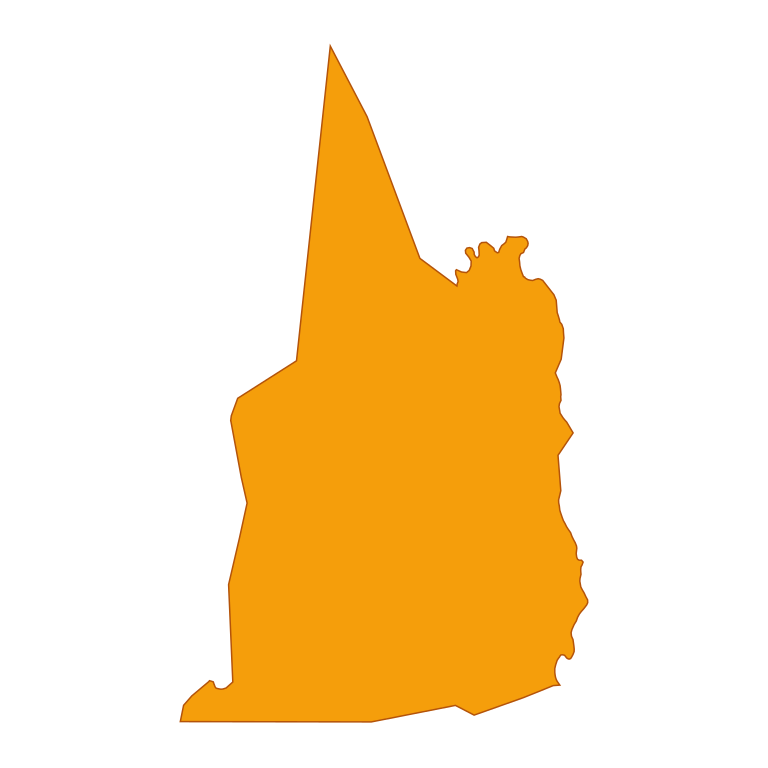 San Mateo Sindihui, Oaxaca, Mexico
{"feature_id": "50627088B43932249609701", "entity_name": "San Mateo Sindihui", "entity_type": "district", "adm_level": 2, "iso_a3": "MEX", "parent_name": "Mexico", "parent_adm1": "Oaxaca", "projection": "natural_earth1", "projection_center": [-97.342, 17.027], "detail": "fine", "context": "isolated", "style": "filled", "palette": "amber", "viewbox_px": 768, "rotation_deg": 0, "n_neighbors": 0, "source": "geoboundaries", "source_scale": "gbopen_adm2", "svg_char_len": 2843}
<svg xmlns="http://www.w3.org/2000/svg" viewBox="0 0 768 768"><path d="M559.8,685.1L557.2,681.4L556.2,679.4L555.5,677.2L555.1,675.0L554.8,672.4L554.8,668.5L555.3,666.4L555.7,664.7L556.4,662.6L557.1,660.4L558.4,658.4L559.4,657.1L560.3,655.6L561.0,654.9L562.8,654.8L564.6,655.3L565.6,656.6L566.7,658.0L568.0,658.8L569.1,659.1L570.6,658.6L571.6,657.1L573.0,654.5L574.1,651.6L574.2,649.1L573.9,646.1L573.4,642.4L573.0,639.6L571.5,636.2L571.1,632.7L571.9,629.6L573.0,627.1L574.1,624.6L576.3,621.0L577.6,617.3L579.4,614.0L581.3,611.5L583.7,608.8L584.8,607.4L586.7,604.9L587.7,602.7L587.6,599.9L585.8,596.6L584.2,593.1L582.1,589.5L580.8,586.9L580.2,583.4L579.8,581.2L580.0,578.5L581.0,574.3L580.8,572.0L580.7,569.6L581.0,566.8L582.0,565.1L583.1,562.1L581.5,560.2L579.2,560.2L577.6,559.3L576.7,557.2L576.2,553.5L576.5,550.9L576.8,548.2L576.5,546.0L575.2,542.7L573.6,539.8L571.9,536.3L570.6,532.7L568.3,529.4L566.5,526.6L565.0,523.5L563.4,520.7L562.1,517.2L560.7,513.1L559.8,510.2L559.3,505.9L558.7,502.9L558.6,500.2L558.6,499.9L560.8,490.7L558.0,455.3L573.1,432.9L566.7,422.1L564.9,420.1L562.9,417.6L561.7,415.7L560.1,413.2L559.7,410.7L559.0,406.6L559.5,403.5L561.0,400.4L560.7,396.6L561.0,394.8L560.8,392.4L560.5,388.9L560.1,385.6L559.3,382.7L558.2,379.6L557.0,377.1L555.3,372.9L561.2,359.2L563.9,338.2L563.9,337.7L563.5,332.8L563.3,328.7L561.8,324.4L559.8,321.9L559.5,320.0L558.2,315.6L557.2,312.6L556.8,307.6L556.2,300.1L555.5,298.6L553.9,294.7L552.0,292.3L542.7,280.4L540.3,279.2L538.2,278.7L535.7,279.3L532.7,280.5L530.3,280.2L527.8,279.6L525.3,278.1L524.6,277.0L524.0,276.8L523.5,276.7L522.2,273.5L520.8,269.6L519.9,265.8L519.6,262.0L519.1,258.4L519.8,255.6L520.9,253.7L523.5,252.5L524.9,249.0L526.3,247.9L527.7,245.7L528.1,243.4L527.7,241.5L526.2,238.7L524.6,237.8L523.5,237.1L521.7,236.5L519.0,236.9L515.9,237.2L513.5,237.1L509.6,236.9L507.6,236.5L506.7,239.6L505.8,242.2L504.2,243.7L501.7,245.6L499.7,249.3L498.7,252.4L497.3,252.8L494.5,250.8L493.8,248.3L490.7,245.7L488.1,243.7L486.3,242.3L481.7,242.6L479.9,244.0L478.6,247.3L479.0,250.7L479.2,255.2L478.3,257.0L477.0,257.8L475.4,256.6L474.2,254.4L474.1,252.1L472.2,248.5L469.6,247.6L466.9,248.1L465.4,250.3L465.7,253.2L469.0,257.3L471.2,261.1L471.0,266.0L469.2,270.4L466.5,272.6L461.5,272.0L456.4,269.7L455.6,270.8L455.8,274.3L457.7,279.2L458.1,281.6L457.2,283.8L456.9,286.0L419.9,258.4L367.1,116.7L330.3,46.1L296.5,360.8L237.7,398.3L231.3,415.8L230.7,420.7L231.0,421.8L241.3,477.4L247.1,503.1L239.5,537.9L228.6,584.6L232.8,682.0L226.1,688.0L224.2,688.6L223.0,689.0L221.0,689.2L219.1,688.9L216.9,688.4L216.2,688.2L215.5,687.5L214.9,686.5L214.3,684.7L214.0,684.1L213.3,681.9L211.7,681.3L209.5,680.7L208.7,681.7L191.9,695.8L183.6,705.3L180.3,721.6L371.4,721.9L455.4,705.4L474.1,715.1L523.5,697.6L544.1,689.3L553.2,685.6L559.8,685.1Z" fill="#f59e0b" stroke="#b45309" stroke-width="1.5"/></svg>